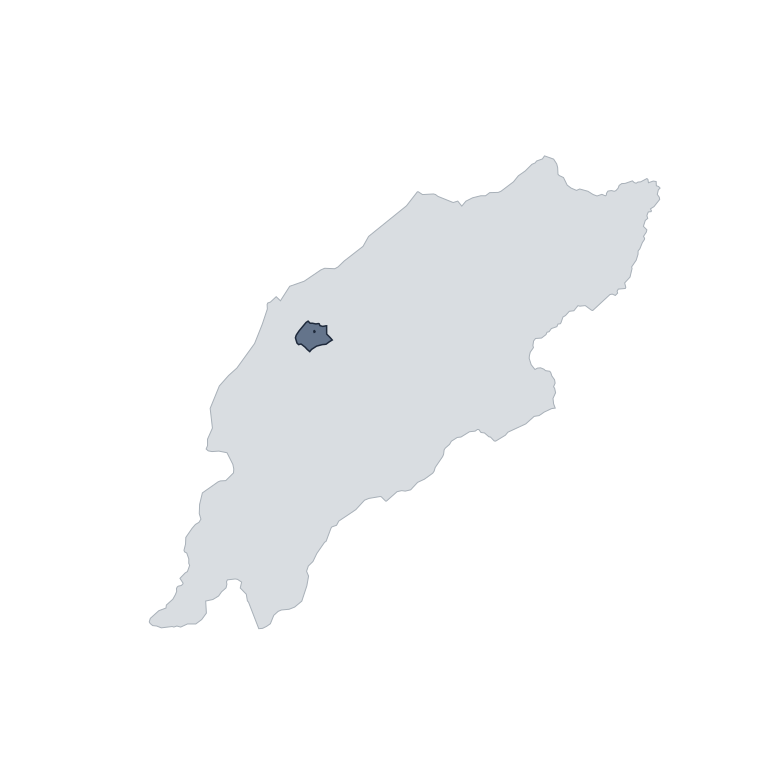 Xanxongor, Ömnögovi, Mongolia (highlighted), rotated 134°
{"feature_id": "93677404B48685910961776", "entity_name": "Xanxongor", "entity_type": "district", "adm_level": 2, "iso_a3": "MNG", "parent_name": "Mongolia", "parent_adm1": "Ömnögovi", "projection": "natural_earth1", "projection_center": [104.555, 43.693], "detail": "fine", "context": "in_parent", "style": "filled", "palette": "slate", "viewbox_px": 768, "rotation_deg": 134, "n_neighbors": 0, "source": "geoboundaries", "source_scale": "gbopen_adm2", "svg_char_len": 4365}
<svg xmlns="http://www.w3.org/2000/svg" viewBox="0 0 768 768"><g transform="rotate(134 384 384)"><path d="M51.3,321.5L53.8,321.5L57.8,319.1L58.4,315.8L59.7,313.9L68.9,313.0L72.9,314.0L73.7,311.9L74.5,311.6L76.6,313.4L78.7,312.6L80.3,311.8L81.7,309.3L84.8,309.7L90.4,306.9L90.5,302.0L92.6,300.8L97.5,299.9L98.2,297.7L99.3,297.0L102.8,296.4L109.0,293.9L111.8,293.6L114.2,291.4L119.7,288.6L127.8,287.2L128.6,285.8L136.2,281.3L144.1,281.1L146.5,277.2L147.7,276.8L153.0,281.4L155.3,280.8L156.3,279.1L159.6,279.1L160.8,282.3L162.7,283.6L186.1,284.9L186.8,286.1L187.8,293.7L192.0,297.2L192.9,298.9L199.4,298.3L203.0,301.2L208.7,301.0L211.5,301.8L217.1,299.2L218.3,299.1L220.0,300.5L222.7,299.5L227.8,302.1L231.7,301.6L233.6,302.7L235.9,301.8L241.5,302.6L246.0,306.6L249.1,306.3L252.9,303.6L254.0,301.8L259.5,300.9L262.6,299.1L264.7,297.4L267.9,291.5L268.7,285.5L265.9,284.6L263.6,282.6L262.3,279.3L262.2,277.1L259.7,273.6L260.0,271.9L261.6,268.9L262.5,264.2L264.5,261.5L268.2,260.1L268.6,258.2L271.1,254.5L277.0,252.4L280.4,248.3L282.4,244.1L285.2,246.3L292.7,249.2L299.0,250.5L303.0,253.5L314.2,254.3L332.6,261.4L336.5,261.1L347.5,264.0L348.4,265.1L348.2,270.5L349.1,271.9L349.4,277.7L351.5,280.6L350.9,284.1L351.8,285.2L354.6,285.7L358.9,289.3L368.7,291.8L371.6,294.2L378.4,295.8L381.9,294.9L387.5,295.4L389.6,295.0L393.2,292.3L395.5,291.4L408.4,289.2L411.9,287.4L414.3,287.0L424.4,288.8L431.4,291.5L441.6,291.3L446.3,294.3L448.4,297.2L452.4,299.8L466.5,300.9L467.1,301.5L467.0,307.6L467.6,308.6L476.8,315.4L481.1,317.3L494.0,317.0L514.0,321.3L518.6,320.0L522.9,322.2L524.5,322.0L537.3,316.4L539.2,316.8L552.6,314.6L561.0,311.8L567.5,312.0L572.5,309.6L574.6,304.8L582.8,299.3L597.3,292.3L606.5,293.3L612.0,295.8L617.8,300.8L621.1,302.2L627.0,302.6L635.4,299.2L639.9,300.1L644.1,301.6L647.0,304.1L635.0,330.0L634.9,331.6L630.9,337.0L630.6,345.7L625.4,348.8L626.3,353.7L627.6,355.6L633.7,360.6L635.7,359.9L637.2,357.9L640.4,356.0L646.3,356.5L651.4,355.7L657.9,357.4L664.0,361.5L672.2,352.6L680.0,351.5L687.4,352.7L693.2,358.7L700.1,361.4L702.0,364.9L704.8,366.3L705.6,367.9L714.1,374.8L716.0,379.4L718.5,382.6L718.7,385.9L718.2,387.6L714.9,389.3L703.5,388.5L696.6,385.2L694.2,387.0L685.5,386.4L680.6,387.7L677.3,389.0L675.4,391.1L673.9,391.7L672.4,391.6L669.7,389.8L667.4,389.8L666.8,390.3L665.5,395.8L658.1,395.8L655.5,395.1L649.5,397.8L648.6,399.9L645.4,402.9L642.6,408.5L643.3,410.9L642.5,412.4L637.1,415.5L632.0,420.0L621.1,421.8L616.0,422.1L612.1,421.0L608.4,421.8L605.6,426.8L598.7,433.0L588.5,439.0L569.7,435.4L567.4,434.4L563.4,430.7L552.5,430.5L549.5,433.0L546.8,436.9L542.5,449.2L547.0,456.2L552.1,460.8L554.2,464.0L554.3,466.8L550.9,468.1L546.3,472.6L534.9,476.8L522.3,492.1L499.8,501.1L485.8,501.7L474.7,500.9L444.8,505.2L425.5,513.1L411.1,520.0L408.0,523.3L406.5,523.9L403.9,522.6L396.1,522.2L396.1,516.3L379.2,519.7L365.5,512.8L345.9,508.7L342.0,507.1L335.3,499.5L331.8,498.4L323.2,498.1L299.5,494.7L288.5,497.6L240.2,491.6L222.6,493.5L221.9,492.8L221.0,487.9L212.9,480.4L211.9,478.5L211.6,475.6L205.4,460.3L201.2,458.0L202.0,451.6L195.6,452.1L188.5,449.6L181.3,445.1L178.0,441.7L172.9,440.9L166.8,434.9L163.9,433.7L148.6,431.3L140.9,432.0L132.6,430.4L123.2,430.2L120.2,428.9L117.5,429.1L112.1,426.4L108.4,427.0L104.4,418.2L105.7,412.7L107.7,409.4L112.3,404.5L112.3,402.7L110.8,398.3L113.7,390.4L113.1,385.5L111.0,380.0L107.8,378.7L103.7,371.2L102.5,365.4L100.8,361.4L96.2,359.0L94.9,355.5L93.5,355.3L92.4,356.4L89.6,356.9L86.8,354.7L85.4,352.2L83.7,351.5L80.6,351.6L77.8,352.8L74.7,352.2L72.2,349.9L65.3,346.4L65.3,343.9L64.4,342.1L62.3,341.6L60.3,339.8L53.6,337.6L53.5,336.3L55.5,333.6L51.0,331.3L49.3,328.9L52.2,325.8L51.2,323.7L51.3,321.5Z" fill="#d9dde1" stroke="#a8b0b8" stroke-width="1"/><path d="M415.0,472.8L412.9,471.5L412.7,470.4L412.3,466.3L412.5,463.3L412.3,459.9L410.0,460.1L408.8,460.0L403.6,458.8L398.6,455.8L396.6,454.1L395.6,453.3L391.4,452.6L388.3,451.8L388.0,455.1L387.9,459.9L386.1,461.7L382.0,465.7L383.0,466.6L384.3,467.4L384.3,467.5L385.3,468.3L386.5,470.7L385.7,472.3L386.1,473.2L388.1,474.7L390.0,477.7L391.6,479.3L391.5,482.3L393.9,482.8L399.4,482.4L404.7,482.0L408.7,481.3L410.0,481.0L412.3,479.8L413.4,477.9L415.0,475.0L415.0,472.8ZM394.8,471.1L394.2,471.3L394.0,471.2L394.0,470.6L394.2,470.0L394.8,469.8L395.1,469.9L395.4,470.1L395.2,470.6L394.9,470.9L394.8,471.1Z" fill="#64748b" stroke="#1e293b" stroke-width="1.5"/></g></svg>